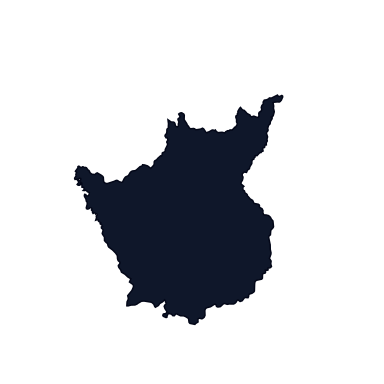 outline of Presidente Olegário, Minas Gerais, Brazil, rotated 35°
{"feature_id": "56859067B97776867728690", "entity_name": "Presidente Olegário", "entity_type": "district", "adm_level": 2, "iso_a3": "BRA", "parent_name": "Brazil", "parent_adm1": "Minas Gerais", "projection": "albers", "projection_center": [-46.371, -18.162], "detail": "fine", "context": "isolated", "style": "filled", "palette": "ink", "viewbox_px": 384, "rotation_deg": 35, "n_neighbors": 0, "source": "geoboundaries", "source_scale": "gbopen_adm2", "svg_char_len": 6073}
<svg xmlns="http://www.w3.org/2000/svg" viewBox="0 0 384 384"><g transform="rotate(35 192 192)"><path d="M206.4,63.6L203.2,69.5L201.4,70.6L201.4,71.6L200.2,73.7L198.5,75.3L198.7,77.6L199.5,78.4L199.9,79.6L199.6,80.9L200.2,83.0L201.7,84.3L202.1,85.4L202.0,86.6L201.4,88.0L201.5,89.1L203.4,91.6L203.4,92.9L202.2,93.6L199.1,94.4L197.7,96.3L196.2,96.3L195.4,95.7L191.9,96.1L189.8,95.5L187.7,95.2L186.8,95.7L185.8,95.7L183.2,94.9L183.0,96.1L183.3,99.6L184.2,100.6L184.2,101.7L185.0,102.6L184.4,104.6L185.1,105.7L187.0,107.1L188.3,109.1L189.7,109.8L190.4,111.3L190.4,114.2L189.7,114.6L189.8,115.7L189.3,118.2L187.5,119.4L187.3,120.4L186.0,121.4L185.0,123.4L185.0,124.8L182.4,125.8L179.3,128.4L177.4,128.5L175.5,127.8L175.1,128.9L174.1,129.0L173.0,129.6L171.4,133.0L170.6,133.9L170.3,134.9L169.4,135.2L165.3,133.6L164.0,133.7L163.0,135.5L160.3,138.1L159.1,138.9L157.9,138.7L156.8,139.1L154.5,141.1L152.9,141.0L151.7,140.3L149.4,139.7L148.5,139.0L144.0,137.2L141.7,133.6L140.7,132.9L138.2,133.0L137.3,133.7L136.6,134.9L136.4,135.8L138.8,137.0L139.3,138.1L138.6,139.8L139.0,140.8L141.2,142.2L141.5,143.5L143.1,146.1L142.7,147.1L141.5,147.4L140.3,147.2L138.9,145.8L137.7,145.2L136.4,145.5L135.6,146.2L134.6,146.6L130.9,146.6L133.6,149.6L135.0,151.9L135.9,152.4L135.5,154.5L135.8,155.7L136.6,156.4L136.9,157.4L137.7,158.6L137.3,160.1L137.7,161.6L139.7,162.5L140.4,162.0L141.3,162.2L142.7,163.6L142.4,164.9L143.1,166.0L144.3,166.3L145.0,167.8L145.7,172.4L146.3,173.3L146.6,174.5L146.4,175.3L145.7,176.0L145.3,177.1L146.0,178.3L146.5,180.0L145.5,180.4L144.6,184.3L144.6,185.7L143.6,187.9L143.7,188.9L145.0,190.8L145.3,191.9L144.7,196.3L140.7,196.1L137.7,197.0L135.9,198.0L136.1,199.0L135.9,199.8L134.9,201.0L133.8,205.9L133.2,207.1L131.0,209.1L130.5,210.2L130.2,211.4L130.5,215.1L128.9,217.9L128.8,220.0L129.4,223.6L129.0,224.4L126.6,225.3L124.4,225.3L123.3,225.9L122.0,228.1L118.6,232.6L117.7,233.7L116.7,234.3L115.0,234.6L113.8,234.2L112.9,233.3L110.9,230.8L109.9,230.4L108.1,230.3L103.4,230.7L102.8,231.7L102.5,233.3L99.7,234.9L96.9,234.6L96.3,233.9L95.2,233.5L94.2,233.6L91.6,232.7L90.7,232.9L89.9,233.7L88.8,233.7L87.9,234.1L87.5,235.1L86.9,235.7L84.5,235.7L84.0,236.6L84.7,237.7L84.6,241.9L86.3,242.2L86.7,244.1L87.8,245.2L87.9,248.0L88.9,248.8L91.0,247.0L92.1,245.0L93.1,244.7L93.9,245.8L93.7,246.8L92.6,247.2L91.7,248.1L93.4,248.7L93.7,249.5L93.6,251.7L94.5,251.8L95.5,251.4L96.2,250.7L96.4,249.3L95.4,248.8L95.3,247.7L96.6,247.9L99.2,251.2L100.5,250.4L101.5,250.9L102.2,251.7L102.0,253.1L103.1,252.5L103.8,251.6L105.1,251.5L106.2,251.8L108.2,251.3L109.2,253.2L109.2,254.6L108.3,255.5L107.3,255.7L106.5,255.0L105.4,255.5L105.8,256.6L106.6,257.4L109.0,258.5L110.8,260.2L111.7,260.3L113.1,261.9L114.4,265.5L115.2,266.2L116.4,265.8L117.1,264.9L117.6,263.2L118.8,262.7L119.9,263.3L119.9,264.4L121.8,264.9L122.3,265.9L123.3,266.3L123.8,265.1L124.8,264.9L125.7,265.4L126.1,264.6L127.2,264.7L127.7,265.5L127.3,266.6L128.5,267.8L129.3,270.3L130.0,269.3L131.3,268.7L132.1,269.5L135.1,269.6L135.0,270.7L137.3,270.8L138.3,271.4L137.8,272.6L138.5,273.5L140.7,273.8L141.4,275.0L142.2,277.4L143.1,278.0L146.1,279.1L148.2,282.0L150.1,282.5L152.4,282.7L154.2,284.3L155.5,284.9L160.0,285.0L164.4,285.8L167.3,286.9L169.3,289.4L170.3,290.2L171.1,290.6L173.1,290.8L173.7,291.5L174.0,292.4L173.8,294.4L174.5,295.2L175.4,295.8L178.3,296.7L180.2,298.1L184.3,297.8L188.2,298.4L191.7,298.1L192.4,301.6L196.7,301.6L197.5,302.1L198.5,303.3L199.3,307.2L198.8,313.8L200.5,315.3L201.3,316.4L201.8,319.2L203.9,322.6L205.0,321.9L206.9,319.6L210.1,317.2L211.3,315.2L211.5,314.3L213.3,310.4L215.3,308.8L221.7,305.7L223.0,305.5L225.3,305.9L227.0,307.1L228.1,307.4L229.6,304.2L229.5,301.9L230.9,298.9L231.4,296.0L232.7,296.5L233.4,297.3L234.5,297.6L234.9,298.7L234.6,300.2L234.8,301.6L236.7,303.0L240.2,304.4L240.4,305.9L239.9,307.2L239.0,307.7L238.5,308.7L239.1,310.1L240.4,310.2L242.8,309.7L243.3,308.8L242.6,307.8L242.3,304.8L244.1,304.4L244.9,303.8L247.3,304.3L248.5,303.5L248.6,301.4L249.3,300.7L253.5,300.0L256.4,298.1L258.7,297.7L261.7,297.6L264.4,300.5L265.7,300.8L270.3,298.8L270.4,297.6L271.5,295.0L269.8,292.9L270.0,291.7L270.7,291.0L272.5,290.4L273.2,289.7L273.8,287.6L273.4,285.6L270.6,281.9L270.1,280.7L270.1,279.3L270.5,278.3L273.0,275.4L274.7,271.2L275.5,270.6L276.7,270.8L277.6,271.6L278.7,271.6L279.6,271.0L281.0,269.6L281.9,265.4L282.7,264.6L285.3,263.8L286.9,262.2L290.3,259.9L291.0,258.6L291.3,256.9L291.1,254.9L291.6,254.0L294.2,254.1L295.5,252.3L295.6,248.7L296.1,247.9L298.5,246.5L298.4,245.4L297.5,243.7L297.5,242.8L299.2,240.6L300.0,238.4L299.9,237.3L295.9,231.2L295.0,229.2L295.4,227.4L299.1,223.4L299.1,222.2L296.9,218.9L297.3,217.7L298.4,216.5L298.2,215.3L296.9,214.0L298.5,213.0L299.0,212.2L298.2,211.3L297.9,210.5L299.0,209.8L299.7,208.8L299.8,207.4L297.8,205.8L296.4,203.2L293.5,202.0L292.3,197.7L291.6,196.5L289.1,194.2L286.3,190.4L280.8,185.2L280.3,183.9L280.8,182.1L278.5,178.2L278.9,174.8L278.7,173.7L274.9,169.3L272.5,168.7L270.7,167.7L268.3,167.4L265.9,168.3L264.3,169.4L263.4,169.3L261.8,168.2L260.8,166.5L258.9,165.5L256.7,165.8L255.6,165.5L255.2,164.6L254.4,164.0L253.3,164.0L249.3,165.8L246.5,164.1L243.6,164.3L241.0,163.6L239.8,163.5L239.0,162.7L238.0,162.3L235.8,162.3L234.3,161.0L233.0,161.1L232.0,160.6L230.9,158.6L231.2,157.6L227.8,157.3L227.1,156.8L226.7,156.0L226.5,153.4L225.8,151.6L225.2,150.5L223.8,149.8L222.7,148.3L223.3,145.7L225.4,144.7L224.9,142.1L225.7,140.1L224.9,138.2L224.7,134.5L223.4,132.4L222.9,130.9L223.8,129.8L223.3,128.4L223.6,127.1L222.9,126.4L223.2,125.6L224.4,125.0L224.9,121.0L225.9,120.1L225.9,118.7L226.7,118.0L226.2,117.0L224.9,116.3L224.9,115.2L225.5,114.6L225.8,113.6L224.8,111.8L225.9,110.8L224.6,109.1L224.4,107.0L223.0,105.6L222.6,104.2L222.1,103.3L219.4,101.3L218.9,100.1L219.1,98.2L218.5,97.3L217.5,96.5L216.5,93.4L216.9,91.4L215.8,89.3L215.6,86.2L215.2,85.3L214.0,85.2L214.6,84.0L214.8,83.0L213.6,79.7L213.1,78.8L210.7,76.7L209.6,74.7L207.1,72.3L207.8,71.3L210.4,69.1L211.8,68.3L212.3,67.4L212.5,65.5L211.8,62.1L211.1,61.4L210.2,61.4L209.0,63.5L207.8,64.1L206.4,63.6Z" fill="#0f172a" stroke="#020617" stroke-width="1.5"/></g></svg>